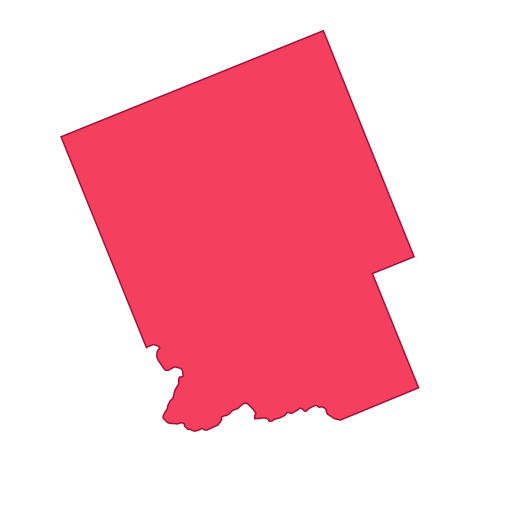 outline of Dickinson, Michigan, United States of America, rotated 338°
{"feature_id": "52423323B53392276693289", "entity_name": "Dickinson", "entity_type": "district", "adm_level": 2, "iso_a3": "USA", "parent_name": "United States of America", "parent_adm1": "Michigan", "projection": "robinson", "projection_center": [-88.007, 45.984], "detail": "fine", "context": "isolated", "style": "filled", "palette": "rose", "viewbox_px": 512, "rotation_deg": 338, "n_neighbors": 0, "source": "geoboundaries", "source_scale": "gbopen_adm2", "svg_char_len": 1597}
<svg xmlns="http://www.w3.org/2000/svg" viewBox="0 0 512 512"><g transform="rotate(338 256 256)"><path d="M402.3,254.9L402.8,72.3L119.9,72.4L120.1,299.9L121.0,299.6L127.0,299.6L128.0,299.8L131.6,303.0L132.2,304.5L132.3,305.4L130.1,306.5L128.5,307.7L127.1,310.3L126.4,312.0L126.2,314.5L126.3,317.1L126.6,317.5L128.6,326.7L129.5,328.3L132.0,329.1L138.7,328.3L139.9,328.8L144.3,332.2L144.8,334.8L143.7,339.7L142.3,340.4L140.0,339.6L139.5,339.7L138.1,341.4L136.7,344.9L135.9,346.0L130.6,350.0L125.9,356.4L124.5,357.5L123.0,357.7L121.5,358.6L117.9,362.0L116.6,364.4L113.9,366.1L110.6,368.9L109.8,369.9L109.2,371.8L111.6,377.2L112.9,378.6L120.5,382.3L124.2,382.6L125.4,383.3L126.6,385.1L126.5,386.0L126.0,386.8L127.8,391.2L129.8,392.0L133.0,395.2L136.0,395.9L141.0,395.7L141.8,396.2L143.0,398.0L145.4,399.0L153.2,398.6L157.5,398.5L158.7,397.4L160.9,396.5L163.0,394.6L163.4,392.7L163.7,392.4L167.2,392.3L168.5,392.7L170.7,392.7L172.8,392.1L176.2,390.4L182.1,390.6L185.2,389.3L188.5,388.3L191.0,388.4L191.9,388.8L192.9,390.0L196.0,397.1L196.9,401.3L196.4,402.6L195.5,402.9L193.8,406.4L199.2,408.2L201.7,408.7L204.8,410.3L206.5,412.6L206.1,413.5L206.8,414.4L209.2,415.0L211.9,414.3L217.7,415.0L223.1,414.5L226.2,412.9L227.6,413.4L230.2,415.3L237.6,414.3L238.3,413.7L239.4,413.6L240.0,413.7L241.1,414.6L241.9,415.6L242.7,417.7L243.6,418.4L244.9,418.6L247.3,417.3L252.7,416.8L254.1,416.8L256.4,417.4L257.8,419.9L260.7,420.5L263.0,423.2L263.6,425.0L263.1,425.3L262.9,429.2L267.9,436.3L272.8,439.7L357.4,439.1L357.3,315.9L402.3,315.9L402.3,254.9Z" fill="#f43f5e" stroke="#9f1239" stroke-width="1.5"/></g></svg>